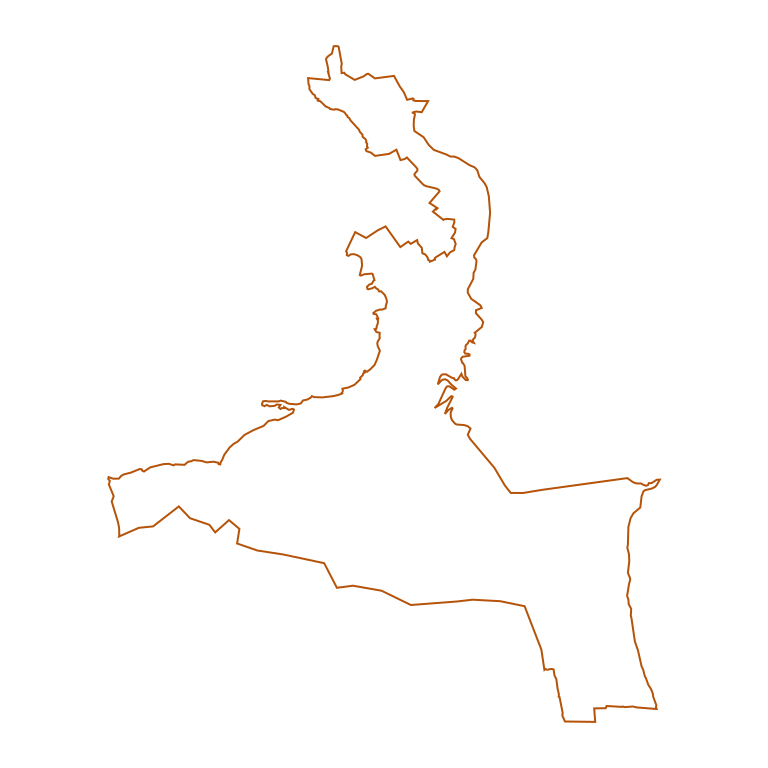 the district of Valea Mare, Covasna, Romania
{"feature_id": "2599482B84162786081216", "entity_name": "Valea Mare", "entity_type": "district", "adm_level": 2, "iso_a3": "ROU", "parent_name": "Romania", "parent_adm1": "Covasna", "projection": "natural_earth1", "projection_center": [26.012, 45.763], "detail": "fine", "context": "isolated", "style": "outline", "palette": "amber", "viewbox_px": 768, "rotation_deg": 0, "n_neighbors": 0, "source": "geoboundaries", "source_scale": "gbopen_adm2", "svg_char_len": 6091}
<svg xmlns="http://www.w3.org/2000/svg" viewBox="0 0 768 768"><path d="M544.4,669.9L545.5,669.0L547.1,669.8L551.4,668.9L553.6,669.4L554.5,675.4L556.3,679.0L557.6,688.7L558.9,694.3L558.7,696.7L559.5,697.0L562.7,713.0L562.3,715.4L564.9,721.5L595.2,721.9L594.2,708.4L605.7,708.2L606.6,706.0L622.2,706.9L622.7,706.5L624.8,707.1L632.9,706.5L636.6,707.4L656.6,709.0L655.9,707.0L656.4,705.4L653.2,696.7L652.8,693.6L651.2,689.4L648.3,684.8L645.8,677.8L644.9,676.5L643.1,669.4L641.6,666.4L638.0,650.5L634.9,641.5L631.4,617.8L630.8,615.8L631.2,608.9L628.7,604.1L628.4,599.6L627.1,595.9L629.0,584.1L630.2,579.7L630.0,578.0L627.9,572.9L629.3,560.9L629.0,554.3L627.3,547.7L627.9,544.7L628.4,526.9L630.6,518.1L633.4,513.3L640.3,507.5L641.6,496.2L643.5,491.3L644.9,490.2L652.0,488.5L655.2,486.8L656.8,484.9L659.8,479.6L656.6,479.8L651.6,483.1L648.8,483.1L648.2,484.9L646.5,485.7L644.4,485.3L641.0,483.5L636.1,483.4L632.9,482.1L627.3,478.1L542.4,489.8L522.9,493.0L510.7,492.9L504.8,485.4L494.4,467.8L469.9,438.7L467.8,434.7L470.5,428.5L467.6,426.1L463.8,425.0L457.4,424.6L455.7,424.1L453.8,422.3L451.8,419.8L450.8,416.7L450.6,412.7L452.5,408.5L451.9,407.8L448.2,410.2L444.9,414.0L447.2,407.7L452.7,396.9L452.3,396.4L451.2,396.2L446.3,400.9L434.6,408.0L438.3,404.1L445.5,388.5L447.0,386.4L449.3,386.3L454.3,389.7L456.0,388.5L451.9,385.1L447.4,380.3L445.2,379.3L442.6,379.7L441.5,380.4L437.8,384.4L440.0,377.0L441.4,375.1L443.0,374.3L445.9,374.3L452.0,377.8L454.2,378.3L454.4,379.3L455.9,380.4L457.0,380.1L458.4,378.7L461.4,373.8L462.4,376.6L465.7,380.0L467.7,380.2L467.9,379.6L467.1,378.1L465.4,376.1L464.6,365.9L462.9,363.0L462.3,362.9L461.0,359.3L461.1,358.5L462.5,356.8L469.5,355.7L469.6,354.5L468.4,353.8L465.3,353.6L464.3,352.2L464.6,350.2L465.6,349.2L465.5,346.4L465.8,345.3L467.7,343.5L469.2,340.6L470.3,340.6L472.0,342.3L473.9,342.9L472.7,340.8L472.7,339.9L474.9,337.6L475.5,335.4L475.5,333.8L474.7,332.8L481.8,327.0L483.2,322.2L481.6,319.5L475.9,313.2L476.0,310.2L481.7,308.0L481.0,306.3L480.1,305.1L471.2,298.8L467.8,292.7L467.8,289.3L473.3,278.8L473.6,272.8L475.4,269.6L476.5,261.1L476.0,259.2L474.3,257.5L474.0,255.3L481.6,242.5L487.3,238.1L488.3,232.3L490.1,212.7L488.8,196.1L486.7,187.1L484.5,183.1L479.4,176.9L477.3,170.3L474.6,167.3L469.6,165.2L458.4,158.1L454.4,156.6L450.3,156.5L446.4,154.5L433.8,149.9L428.7,144.9L423.6,137.2L414.4,131.0L413.7,126.2L413.9,119.5L414.9,114.9L414.7,113.7L412.8,112.7L413.2,112.2L416.3,111.5L421.7,112.2L428.1,101.1L415.8,101.0L413.3,100.3L413.6,99.0L412.8,98.4L407.1,99.8L403.8,92.1L399.8,86.5L394.0,75.9L374.9,78.4L368.4,73.8L367.1,73.9L363.5,76.4L354.7,79.9L345.3,74.3L344.2,72.7L341.6,73.1L341.2,66.5L341.8,63.9L338.6,46.7L337.4,46.1L333.7,46.2L331.9,53.6L328.4,56.0L326.8,57.6L326.0,59.1L327.9,67.4L328.5,72.4L328.1,72.3L329.9,78.5L329.2,80.1L308.1,78.1L308.5,83.9L309.5,86.4L309.4,89.1L312.8,94.0L314.7,95.1L315.7,98.1L318.4,99.0L317.6,100.3L317.9,100.7L320.3,101.2L325.7,106.5L329.5,108.1L330.0,109.0L334.1,109.7L335.2,109.2L337.9,109.4L343.7,111.8L345.1,113.1L346.3,115.0L347.3,115.6L347.5,116.9L349.3,118.2L350.6,120.5L358.8,129.5L360.1,132.2L362.4,134.5L362.7,137.0L365.4,139.0L366.4,141.3L366.1,142.3L367.2,143.8L367.0,146.3L367.8,147.7L365.7,149.2L366.4,151.1L370.9,152.6L375.0,155.9L389.0,153.9L396.4,149.7L400.5,160.1L404.8,159.0L406.9,157.5L416.1,167.2L417.4,168.9L417.4,170.5L414.4,174.2L414.7,175.7L423.4,184.8L426.0,186.1L436.5,188.6L439.0,190.0L439.6,191.3L429.5,203.0L437.5,208.2L436.1,209.5L435.5,209.1L432.9,211.6L443.4,219.9L443.8,219.4L447.5,218.9L454.2,219.6L454.4,222.1L452.7,226.9L455.6,228.9L455.0,232.6L451.5,238.1L454.0,239.2L455.7,244.1L454.8,246.4L454.2,250.1L450.1,252.3L446.9,256.3L444.5,251.9L435.6,257.4L434.7,258.3L435.0,259.6L429.8,261.7L429.5,260.5L428.1,259.8L427.8,258.0L426.5,255.9L425.0,254.3L422.4,253.3L421.8,247.8L417.9,243.5L417.1,240.1L410.7,243.9L408.3,241.6L400.3,247.1L385.6,226.4L377.8,230.3L366.1,238.0L355.2,232.1L346.1,251.3L347.0,252.6L346.8,255.1L348.4,255.9L350.7,254.4L353.9,254.1L357.5,255.3L360.4,257.2L361.5,259.0L362.1,265.6L359.8,275.1L360.9,275.6L364.5,274.2L372.0,273.6L372.6,274.0L374.5,280.2L373.5,280.8L371.8,283.8L369.4,284.5L367.0,286.7L367.4,288.9L368.2,289.3L372.1,288.3L374.9,286.8L376.4,288.6L378.1,289.4L379.0,291.4L381.1,291.3L384.7,294.9L386.4,298.8L387.0,301.8L385.9,305.4L385.6,308.3L381.8,309.7L380.1,309.5L376.0,310.8L373.3,313.1L373.7,313.9L376.3,314.3L378.1,318.2L376.8,318.5L377.2,319.3L378.0,319.2L377.8,323.6L376.8,325.8L376.3,328.8L374.6,329.2L376.4,332.0L379.7,332.8L379.5,336.1L379.8,338.2L377.7,341.5L377.3,343.4L377.7,346.0L379.9,350.8L376.8,359.9L374.5,365.0L370.4,369.2L366.9,371.8L364.9,370.6L364.0,371.2L364.7,372.6L363.3,373.3L362.7,375.3L360.1,377.7L360.5,379.1L354.5,384.8L348.3,387.5L342.4,388.7L342.9,390.6L342.3,392.5L341.7,393.0L342.1,393.5L339.4,394.6L333.5,396.1L322.4,397.4L313.9,397.1L311.9,396.1L311.0,397.4L307.5,399.5L302.9,400.5L300.8,403.5L296.4,404.4L289.4,403.8L286.5,402.8L285.7,401.8L280.7,400.6L278.6,401.4L267.8,401.4L265.8,400.9L263.1,401.3L262.0,403.8L262.1,405.1L264.6,406.2L266.6,404.9L269.6,406.3L274.4,405.9L276.8,404.5L280.4,404.9L278.8,407.5L280.5,409.0L281.9,408.1L284.0,408.0L284.1,407.0L289.0,409.9L292.5,408.8L293.9,409.5L293.1,412.6L286.0,416.7L278.0,420.2L274.8,419.6L268.3,421.1L263.6,425.9L253.5,430.1L244.5,434.9L237.7,441.6L233.7,443.8L229.6,447.5L224.3,454.7L222.2,459.8L220.6,462.5L220.3,464.4L218.6,464.1L218.2,462.7L213.3,461.7L206.6,462.4L201.7,460.9L193.6,460.1L190.8,461.4L188.9,461.5L186.8,462.7L184.7,464.8L175.0,464.4L173.7,465.4L168.8,463.8L163.5,464.1L150.2,467.4L144.0,471.5L142.3,470.7L141.7,469.3L139.8,469.0L130.6,472.7L123.9,474.4L121.4,475.7L118.9,478.6L113.2,478.7L108.6,477.1L108.2,478.8L109.8,480.9L108.9,484.6L113.7,496.2L111.7,501.5L118.0,522.2L119.1,527.9L119.3,535.1L119.0,536.5L138.9,527.8L153.1,526.4L178.8,506.4L190.0,518.2L209.4,524.8L215.2,532.4L229.0,520.1L239.4,528.9L237.1,543.5L257.3,550.5L283.3,554.5L324.2,563.2L336.9,587.8L353.0,585.7L381.5,590.7L410.9,605.0L456.9,601.5L472.5,599.7L500.2,601.2L524.6,606.2L541.4,649.7L544.4,669.9Z" fill="none" stroke="#b45309" stroke-width="2"/></svg>